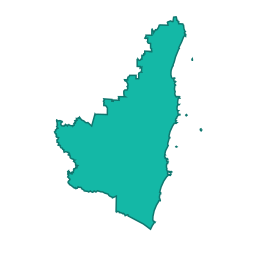 Coffs Harbour, New South Wales, Australia, rotated 352°
{"feature_id": "25037944B5888724581246", "entity_name": "Coffs Harbour", "entity_type": "district", "adm_level": 2, "iso_a3": "AUS", "parent_name": "Australia", "parent_adm1": "New South Wales", "projection": "natural_earth1", "projection_center": [153.061, -30.173], "detail": "fine", "context": "isolated", "style": "filled", "palette": "teal", "viewbox_px": 256, "rotation_deg": 352, "n_neighbors": 0, "source": "geoboundaries", "source_scale": "gbopen_adm2", "svg_char_len": 5844}
<svg xmlns="http://www.w3.org/2000/svg" viewBox="0 0 256 256"><g transform="rotate(352 128 128)"><path d="M136.2,231.4L138.5,228.0L141.1,225.1L140.0,223.4L139.8,222.2L140.4,219.0L142.4,213.5L145.4,208.4L148.1,205.0L148.5,204.2L149.8,204.5L149.9,204.1L149.6,203.7L149.8,203.0L149.4,201.9L149.5,200.6L150.2,198.5L150.8,197.6L151.2,197.7L151.4,196.8L151.3,196.4L150.4,196.0L152.6,190.9L156.0,185.5L159.5,181.6L161.6,180.2L163.4,180.8L163.6,180.3L164.7,179.2L163.2,180.1L160.8,179.3L160.8,178.1L161.5,176.8L163.9,178.1L165.2,177.6L164.6,177.0L163.4,177.5L162.6,176.6L161.0,176.3L160.7,175.5L160.4,174.4L160.9,173.9L160.6,172.1L161.0,169.8L161.5,168.7L162.3,168.7L162.4,167.8L163.1,167.2L162.6,166.7L162.0,166.9L161.6,166.1L161.9,164.6L162.4,164.3L163.0,164.7L163.0,164.3L162.3,163.5L161.2,163.7L160.6,163.2L160.8,162.2L160.2,161.6L160.7,159.8L161.2,159.8L160.8,159.1L162.0,155.8L165.4,150.9L165.0,150.3L165.2,148.7L167.3,144.0L168.1,143.6L168.0,142.9L167.4,142.6L167.4,141.7L169.1,137.4L172.5,132.1L174.5,129.8L176.3,130.1L177.2,129.5L176.0,129.2L176.1,128.3L176.8,127.6L176.2,127.4L176.1,127.0L176.7,125.4L177.7,124.8L177.7,124.1L179.6,122.2L180.5,122.3L180.8,121.9L181.3,122.0L181.2,121.6L179.9,121.6L179.5,120.8L179.6,118.4L180.4,117.9L179.4,117.6L179.1,116.1L179.6,113.6L180.8,111.6L180.6,109.7L181.4,106.8L182.0,105.5L183.3,105.6L183.0,105.1L183.5,104.3L182.9,103.9L182.0,104.0L180.8,103.6L180.1,104.0L179.2,102.3L179.1,100.3L179.8,98.5L179.4,97.0L179.5,95.6L180.3,92.5L181.1,92.2L181.0,91.8L180.4,91.5L180.2,90.5L180.7,89.4L181.7,88.8L181.3,88.3L180.3,88.2L180.0,87.6L180.3,85.8L181.2,85.4L181.2,85.0L180.5,84.8L179.4,85.4L178.7,84.9L178.1,83.7L177.9,81.3L178.3,78.7L178.8,76.8L180.3,73.8L181.4,72.6L181.4,71.7L182.9,69.1L184.9,64.3L189.1,57.0L189.9,56.4L189.5,55.5L193.0,50.3L195.6,45.7L196.8,44.5L197.3,44.5L197.8,45.1L198.2,43.4L197.9,43.0L197.3,43.3L197.1,42.8L197.2,41.3L198.2,40.6L197.8,40.1L197.2,37.6L197.3,33.9L196.9,33.5L196.7,32.6L192.7,31.8L193.0,29.9L192.4,29.9L192.1,28.3L191.3,28.1L191.4,25.8L191.1,24.6L188.6,24.6L187.4,28.8L186.6,28.8L185.0,27.9L181.9,28.6L181.7,28.8L182.0,30.4L181.9,31.8L174.0,30.4L173.2,30.6L172.3,32.5L170.6,34.5L169.5,34.8L168.9,34.5L166.9,36.9L167.0,36.3L165.8,34.2L165.7,33.5L165.4,33.6L164.5,39.5L158.8,38.6L158.7,39.4L157.2,41.4L157.9,41.8L160.0,41.7L159.5,45.3L159.3,45.3L159.5,46.1L159.9,46.8L162.1,47.4L161.5,52.0L162.4,52.9L162.0,54.0L162.3,54.8L162.1,55.8L160.0,55.4L160.1,55.1L155.3,54.2L154.9,57.0L153.9,56.8L153.6,58.3L151.9,58.0L151.3,61.7L150.6,61.5L149.6,62.5L148.7,62.6L148.3,62.6L147.4,61.1L147.3,61.6L146.6,61.5L145.7,68.3L148.7,68.8L148.4,70.3L150.1,69.6L149.1,74.1L149.3,74.6L148.2,74.4L146.4,75.1L145.9,76.4L146.1,76.7L145.4,80.7L142.8,80.3L143.3,77.0L137.0,76.1L136.1,77.4L135.1,77.6L134.4,79.2L134.4,80.3L131.3,79.7L131.5,80.7L133.1,81.8L134.0,84.5L133.9,85.9L132.9,86.9L133.5,87.4L133.2,88.1L133.3,88.8L132.2,90.3L130.3,89.9L129.0,90.9L128.6,93.9L128.8,94.7L128.5,95.8L129.5,96.6L123.0,95.7L123.4,97.6L122.7,97.5L123.0,99.3L117.3,98.3L117.1,99.5L115.7,99.2L116.0,97.5L108.1,95.8L108.4,97.1L107.4,98.0L107.4,98.4L108.0,99.6L107.5,100.3L107.2,102.4L109.0,102.7L110.4,105.2L109.4,111.8L98.7,110.0L97.7,110.3L97.3,109.5L92.3,121.0L89.0,117.0L88.1,117.2L86.8,116.7L85.3,114.9L83.1,113.5L81.5,110.6L80.9,111.7L80.3,111.6L80.1,111.1L79.2,111.6L78.3,111.4L78.6,113.0L78.1,112.9L78.1,113.4L77.4,114.0L76.9,113.3L76.5,113.4L76.8,113.8L76.4,114.6L76.7,115.6L76.3,115.8L75.8,115.4L75.1,116.1L75.5,116.5L75.0,117.0L75.1,117.7L74.3,117.9L73.6,118.5L73.5,117.9L72.1,117.9L70.3,117.0L69.9,116.4L69.3,116.8L68.0,116.6L68.0,117.2L66.6,115.8L66.3,116.6L65.3,116.5L64.9,117.3L62.7,116.6L61.9,115.2L62.4,113.5L63.8,112.8L63.5,112.2L61.6,111.2L60.1,111.3L58.5,110.2L58.3,110.8L58.6,113.3L58.3,114.4L58.7,115.1L57.5,116.8L58.6,118.4L57.3,118.8L57.0,119.4L55.9,120.0L56.0,120.9L54.7,121.6L55.3,123.4L56.1,123.9L55.8,124.8L56.2,125.2L56.1,125.9L55.7,126.4L56.0,127.1L57.9,127.9L57.1,129.3L55.9,130.0L56.0,131.2L55.7,132.1L57.2,132.9L57.0,134.6L56.4,135.2L56.9,135.5L58.0,135.4L58.6,136.2L58.3,136.9L58.8,138.2L60.2,138.9L60.3,139.9L61.5,140.8L61.2,141.6L61.4,143.1L62.7,142.8L64.3,143.2L64.7,143.8L65.6,143.9L66.1,144.5L66.4,145.3L65.7,145.5L65.1,146.1L65.1,146.4L66.6,146.9L66.4,147.4L66.9,147.9L66.6,149.3L67.5,150.3L69.9,151.6L69.9,152.7L70.5,152.7L69.5,153.4L71.1,155.2L71.0,157.6L71.6,158.1L72.1,157.8L73.1,158.2L72.4,158.7L71.8,160.2L70.8,159.5L70.4,160.7L68.8,160.8L68.7,161.6L68.3,161.8L68.4,162.6L67.5,163.7L67.6,164.3L66.4,163.9L65.9,164.2L66.4,165.3L66.2,165.7L64.4,164.9L64.0,163.5L63.5,164.0L63.5,163.1L62.9,162.8L63.0,162.3L62.2,162.8L62.4,164.1L61.9,165.3L62.7,166.0L62.7,166.5L63.1,166.4L62.1,167.0L61.5,168.1L62.3,168.9L62.6,169.7L63.4,170.6L62.9,171.5L61.5,172.5L61.1,173.3L61.3,174.3L62.1,175.0L62.1,175.8L63.7,177.0L66.5,180.0L67.4,179.7L68.0,180.8L68.5,180.5L69.3,180.6L70.4,179.3L71.0,179.9L73.1,180.2L73.6,180.9L73.6,181.6L75.6,183.2L75.9,184.2L79.3,185.2L80.2,185.9L82.1,185.1L82.4,185.7L83.9,186.7L84.7,186.5L85.5,185.7L86.2,185.8L86.6,186.6L87.4,186.9L89.1,185.9L92.4,187.5L93.7,187.6L96.1,189.3L99.0,190.6L99.8,192.2L100.9,193.3L102.4,194.0L102.8,195.0L107.0,193.8L104.6,208.9L105.0,208.9L105.0,209.3L105.4,209.0L105.6,209.3L107.0,209.4L107.9,210.1L107.8,210.6L109.7,211.1L111.1,212.3L111.8,212.0L112.8,213.5L113.0,214.4L115.5,213.8L116.0,214.2L115.9,215.1L129.8,225.1L136.2,231.4ZM200.0,140.2L200.1,139.0L199.6,139.1L199.3,139.9L200.0,141.0L200.6,140.4L200.0,140.2ZM187.0,123.3L187.4,124.0L188.2,123.5L187.7,122.8L187.0,123.3ZM173.8,153.4L173.3,152.9L172.8,153.2L173.1,153.6L173.8,153.4ZM201.1,69.2L200.9,69.1L201.0,70.4L201.3,69.7L201.3,68.9L201.1,69.2ZM141.1,224.3L140.8,224.4L141.2,224.9L141.1,225.3L141.5,225.4L141.7,225.1L141.4,225.1L141.1,224.3ZM181.3,112.1L181.8,112.1L182.0,111.9L181.4,111.9L181.3,112.1Z" fill="#14b8a6" stroke="#0f766e" stroke-width="1.5"/></g></svg>